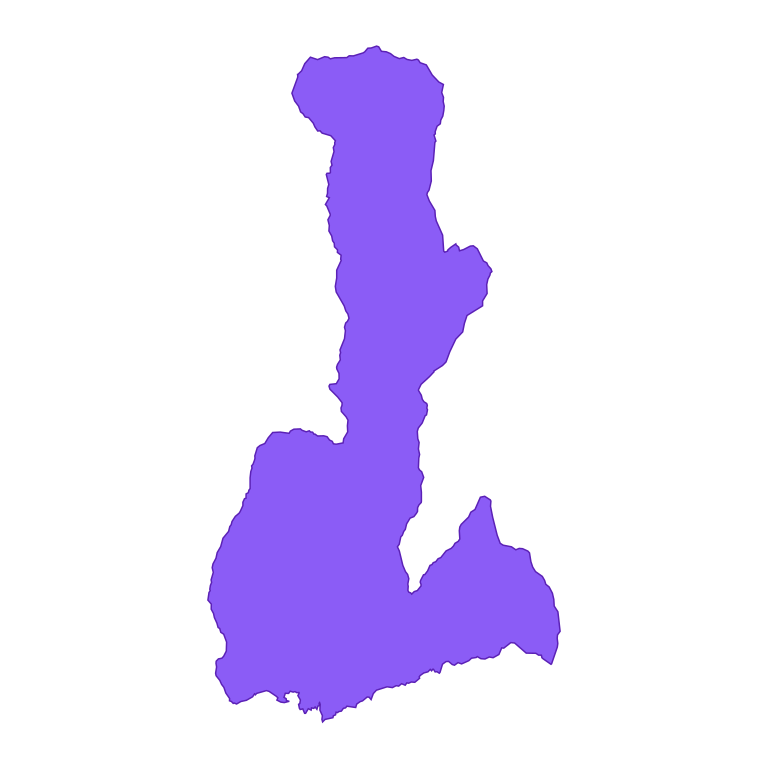 outline of Zaruma, El Oro, Ecuador
{"feature_id": "8360857B11168395923367", "entity_name": "Zaruma", "entity_type": "district", "adm_level": 2, "iso_a3": "ECU", "parent_name": "Ecuador", "parent_adm1": "El Oro", "projection": "equal_earth", "projection_center": [-79.513, -3.511], "detail": "fine", "context": "isolated", "style": "filled", "palette": "violet", "viewbox_px": 768, "rotation_deg": 0, "n_neighbors": 0, "source": "geoboundaries", "source_scale": "gbopen_adm2", "svg_char_len": 6093}
<svg xmlns="http://www.w3.org/2000/svg" viewBox="0 0 768 768"><path d="M207.9,600.1L211.3,604.1L211.2,609.2L213.5,613.4L214.4,617.6L216.9,623.1L218.1,627.5L219.7,628.5L220.8,632.3L223.7,634.2L226.6,642.1L226.3,651.1L223.7,656.2L221.9,658.2L218.4,658.9L216.2,661.2L216.0,663.3L216.6,667.0L215.6,673.2L216.1,675.7L219.8,680.4L221.6,684.4L223.9,687.4L225.8,693.0L229.6,698.5L229.5,700.8L231.4,701.5L233.2,703.4L234.1,703.0L236.6,704.0L240.9,701.5L246.4,700.3L252.6,696.8L254.5,693.9L255.4,694.8L256.6,693.4L266.4,690.6L269.1,691.4L276.2,696.2L277.9,697.8L276.9,700.1L280.8,702.1L284.3,702.6L289.3,701.3L286.5,700.6L286.1,698.6L284.0,697.4L285.3,693.3L288.6,693.4L290.2,691.2L293.1,692.1L295.0,691.6L296.9,692.7L298.9,692.5L299.2,693.0L297.9,695.6L300.4,700.0L299.8,703.5L298.6,704.3L299.4,708.3L300.2,709.5L302.8,708.9L304.6,713.3L305.6,713.3L308.3,708.7L311.1,710.1L311.5,707.9L313.8,708.4L315.1,707.0L316.9,709.3L317.9,706.1L319.4,705.6L319.1,703.2L319.6,702.6L320.2,704.4L319.9,710.1L322.4,715.7L321.9,719.3L322.6,721.9L325.1,719.4L332.9,717.7L333.4,715.7L335.5,714.9L336.1,712.2L337.6,712.6L338.7,711.6L341.4,711.1L343.4,708.3L345.5,707.9L346.9,706.2L355.7,707.5L356.7,704.1L360.2,701.6L362.5,700.9L367.2,697.0L369.1,697.2L371.1,699.6L373.3,693.6L376.4,690.2L387.1,686.8L392.4,687.6L396.1,685.7L398.7,686.1L401.6,683.7L405.2,685.2L406.8,682.9L408.7,683.2L411.3,682.0L414.8,682.3L419.6,678.3L419.2,676.9L420.2,675.5L423.7,673.0L428.0,671.8L430.2,669.4L431.6,670.8L432.7,669.3L433.5,669.3L435.1,671.9L437.0,671.7L439.3,673.2L440.0,672.4L442.5,664.2L446.0,661.6L448.6,661.4L452.2,664.5L454.5,665.2L458.0,662.6L461.6,663.9L468.8,660.7L471.5,658.2L476.2,657.5L477.3,656.6L480.9,658.7L485.0,659.0L489.3,657.0L493.1,657.7L498.9,654.5L501.7,647.9L503.8,648.1L510.8,642.6L514.6,643.0L526.2,653.1L535.9,653.3L538.5,655.1L541.4,655.2L541.9,657.7L543.1,658.8L551.0,664.3L551.6,663.8L557.3,647.1L557.8,643.5L557.2,638.3L557.5,634.9L560.1,631.3L557.9,611.8L554.2,606.1L553.8,599.4L552.4,593.2L549.1,586.9L545.8,584.3L544.6,580.4L542.3,576.4L535.5,571.6L532.7,567.1L530.9,561.7L529.5,552.9L527.9,551.1L522.6,548.7L519.2,548.4L515.8,549.8L511.5,546.8L503.2,545.2L500.2,543.3L497.2,535.3L492.7,517.4L490.5,506.3L490.9,501.1L490.3,499.9L484.7,496.3L480.4,497.2L475.0,509.5L470.8,512.2L468.6,517.1L461.2,524.4L459.8,527.0L459.3,530.7L459.8,539.0L458.2,541.4L455.0,543.3L453.5,546.0L451.3,548.3L446.1,550.9L440.8,557.6L438.1,558.7L435.8,561.7L433.2,562.7L432.0,564.6L430.0,565.4L427.6,570.9L424.8,574.6L423.5,574.8L420.6,580.4L420.2,582.1L421.1,584.6L421.0,586.0L417.3,590.6L414.2,591.6L411.7,594.1L410.7,592.9L408.8,592.2L407.9,590.5L408.2,586.3L407.8,584.1L408.8,578.7L407.6,574.4L405.5,571.7L402.8,565.3L399.3,550.9L397.4,546.8L399.2,544.3L400.8,536.8L402.3,535.3L403.7,531.5L405.3,529.4L406.6,523.9L410.1,518.1L413.9,516.6L416.3,513.5L417.5,511.5L417.6,507.7L418.9,505.0L421.2,502.5L421.4,501.3L421.4,492.2L420.7,485.6L423.7,477.4L421.7,471.8L419.4,469.8L418.4,467.8L418.8,458.0L419.6,454.5L418.4,449.0L419.1,442.5L417.8,438.8L417.3,431.4L418.3,428.0L422.2,423.0L425.1,415.8L426.5,414.9L427.5,409.7L426.8,408.2L427.3,405.3L426.7,403.5L423.9,401.7L422.3,399.3L421.3,395.2L418.5,390.5L418.6,389.4L421.1,384.3L429.4,376.7L434.0,371.8L433.9,371.0L442.5,365.5L446.0,362.0L449.8,351.7L455.8,339.1L462.7,331.9L464.4,323.4L467.0,315.5L482.6,305.8L482.6,300.9L487.1,293.5L486.7,284.6L487.9,279.1L489.9,275.2L490.4,272.9L491.9,271.6L490.9,268.8L488.0,265.6L486.8,262.9L483.4,261.0L477.3,248.8L473.3,245.8L470.3,246.1L463.5,249.6L459.5,250.8L458.7,247.2L456.0,244.8L455.8,243.9L450.7,247.4L447.9,249.9L447.6,251.1L444.8,252.2L443.7,251.1L442.6,235.1L436.3,221.0L435.3,216.5L434.9,210.4L429.4,201.1L426.9,194.7L427.4,192.5L429.0,190.2L431.3,181.0L431.0,170.6L433.4,160.6L434.9,142.3L435.9,141.1L434.0,135.0L435.3,133.9L435.2,131.6L437.1,126.2L440.3,123.8L440.8,120.0L442.8,116.1L443.8,110.5L444.2,106.1L443.2,101.6L443.5,97.4L441.7,92.6L443.4,84.5L438.8,82.0L432.2,75.0L426.3,64.9L420.1,62.7L418.4,60.0L416.9,59.2L411.8,60.4L406.9,59.4L403.8,57.5L399.3,58.6L394.0,56.4L390.5,53.6L386.3,51.8L381.4,51.3L378.7,46.8L376.6,46.1L371.2,48.0L367.8,48.2L364.7,51.9L363.1,52.9L353.4,55.9L349.2,55.8L346.8,57.6L334.6,57.8L330.3,58.8L328.1,57.2L324.6,56.7L317.6,59.6L310.4,57.2L304.8,63.6L301.6,70.8L297.8,74.5L296.8,74.5L297.8,74.5L297.7,77.3L291.9,93.2L294.7,101.0L298.6,106.2L300.6,111.9L303.0,113.7L305.2,117.0L308.6,117.6L313.3,123.2L314.9,126.9L317.7,131.0L320.0,130.8L322.1,133.1L330.8,135.7L335.4,140.8L334.7,142.6L334.8,144.5L333.3,147.6L334.0,151.5L331.1,161.4L332.0,165.2L330.3,167.5L330.4,172.5L329.7,173.2L327.0,173.3L326.3,174.5L328.8,184.5L327.6,188.4L327.5,193.4L326.6,196.5L329.3,197.7L325.4,204.5L326.8,206.0L330.2,214.1L330.2,215.4L327.9,219.8L329.3,225.4L328.9,231.0L331.7,236.0L332.6,240.8L334.2,243.1L334.5,246.8L337.5,249.8L337.4,252.4L341.1,255.2L340.7,259.3L341.2,260.4L336.7,270.2L336.7,278.0L335.3,286.4L336.2,292.0L344.2,305.9L345.8,310.9L347.9,314.0L349.0,318.3L347.4,321.4L345.7,323.0L344.5,327.2L345.4,330.7L344.5,338.7L340.0,349.9L340.6,352.7L339.8,355.2L340.3,359.9L337.5,364.4L336.6,367.1L336.8,368.9L339.0,373.4L339.1,378.8L336.3,383.7L329.9,384.4L329.0,386.1L329.9,389.2L337.7,397.0L342.1,402.7L342.0,405.3L341.0,408.0L341.4,411.5L346.1,416.8L348.0,420.2L347.4,425.8L347.7,431.9L343.7,438.7L343.1,442.9L336.2,444.2L333.4,443.8L332.3,441.4L329.5,440.0L327.1,436.7L323.7,435.8L317.6,436.0L315.0,434.1L314.0,434.2L312.6,432.2L310.5,432.0L309.3,430.8L306.2,431.8L302.1,430.3L300.4,428.9L293.8,429.2L290.4,431.1L289.1,433.3L280.2,432.1L272.7,432.5L268.3,437.7L264.8,443.5L260.0,445.5L257.3,447.7L254.8,455.9L255.0,458.2L254.5,460.2L253.0,464.2L251.6,465.9L252.0,468.1L250.8,471.6L250.1,477.8L250.1,488.6L248.9,490.2L248.3,492.7L246.1,493.9L246.0,498.2L244.5,498.7L242.9,502.2L242.9,505.6L240.3,511.3L239.2,513.1L235.3,516.4L232.0,521.5L231.2,524.7L229.8,526.6L228.6,531.4L223.0,538.2L220.7,546.6L217.2,552.6L216.0,558.2L213.0,563.9L212.2,567.7L213.3,572.4L211.1,579.9L211.6,582.4L210.4,585.5L209.8,589.3L210.2,590.6L209.0,592.5L207.9,600.1Z" fill="#8b5cf6" stroke="#5b21b6" stroke-width="1.5"/></svg>